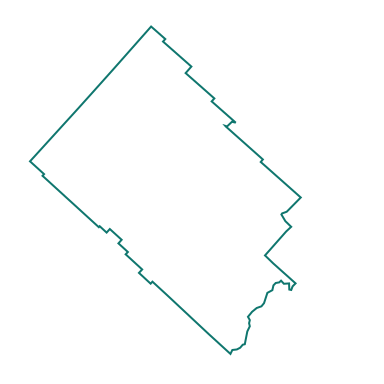 outline of Blaine, Montana, United States of America, rotated 312°
{"feature_id": "52423323B87448243037078", "entity_name": "Blaine", "entity_type": "district", "adm_level": 2, "iso_a3": "USA", "parent_name": "United States of America", "parent_adm1": "Montana", "projection": "albers", "projection_center": [-109.013, 48.36], "detail": "fine", "context": "isolated", "style": "outline", "palette": "teal", "viewbox_px": 384, "rotation_deg": 312, "n_neighbors": 0, "source": "geoboundaries", "source_scale": "gbopen_adm2", "svg_char_len": 1037}
<svg xmlns="http://www.w3.org/2000/svg" viewBox="0 0 384 384"><g transform="rotate(312 192 192)"><path d="M193.4,330.1L193.3,300.1L193.7,288.7L225.7,288.4L232.5,289.0L232.8,280.9L235.1,273.5L236.4,273.3L240.7,275.6L260.7,276.5L260.3,223.0L263.6,222.9L263.3,173.3L263.4,172.5L264.2,174.2L270.9,174.7L272.8,178.1L272.5,146.0L276.5,146.0L276.1,107.7L284.8,107.6L284.4,69.8L287.8,69.8L287.6,50.9L265.5,51.1L231.3,51.4L195.2,51.5L177.5,51.5L142.4,51.3L106.4,51.1L106.3,70.1L104.0,70.1L103.5,146.3L104.8,146.3L104.8,147.4L104.7,155.7L109.5,155.7L109.4,171.7L104.6,171.7L104.5,184.5L101.3,184.4L101.1,206.8L96.4,206.7L96.2,222.6L98.9,222.6L98.7,241.7L97.6,299.8L97.4,328.9L101.6,327.7L105.0,330.7L108.5,332.0L112.5,331.9L114.2,333.1L125.4,326.4L130.9,324.8L132.7,322.2L135.5,320.7L136.7,317.1L143.2,316.8L149.1,317.7L153.5,320.1L157.6,319.9L167.5,315.5L172.8,317.4L177.1,315.0L180.4,315.1L183.2,317.3L185.7,317.5L185.3,321.7L189.0,325.3L184.6,329.6L185.6,331.3L189.2,329.9L193.4,330.1Z" fill="none" stroke="#0f766e" stroke-width="2"/></g></svg>